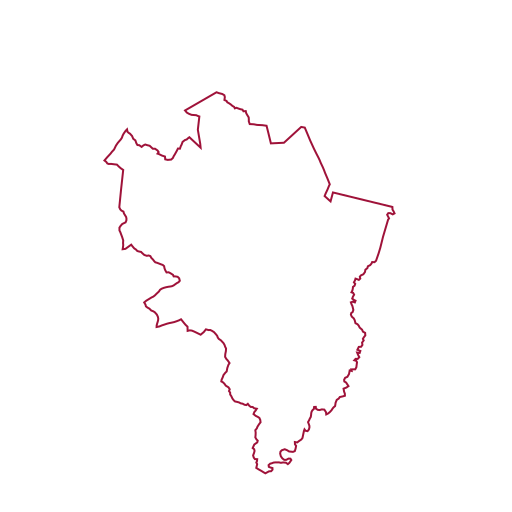 Nyeri Town, Central, Kenya, rotated 50°
{"feature_id": "3690345B58692620094819", "entity_name": "Nyeri Town", "entity_type": "district", "adm_level": 2, "iso_a3": "KEN", "parent_name": "Kenya", "parent_adm1": "Central", "projection": "orthographic", "projection_center": [36.977, -0.417], "detail": "fine", "context": "isolated", "style": "outline", "palette": "rose", "viewbox_px": 512, "rotation_deg": 50, "n_neighbors": 0, "source": "geoboundaries", "source_scale": "gbopen_adm2", "svg_char_len": 6131}
<svg xmlns="http://www.w3.org/2000/svg" viewBox="0 0 512 512"><g transform="rotate(50 256 256)"><path d="M98.9,216.8L101.7,216.8L104.1,215.9L106.5,214.6L109.7,211.3L111.4,210.5L112.7,209.7L121.9,219.4L134.2,226.6L137.4,228.8L122.2,230.7L122.1,232.5L122.2,234.2L121.5,235.9L121.4,238.9L122.9,241.5L123.5,243.0L124.9,245.3L123.5,246.7L124.5,249.0L126.0,252.9L126.6,254.8L127.5,256.7L127.6,259.0L125.6,261.9L123.6,263.4L121.3,261.8L118.6,263.5L115.6,264.8L114.3,265.6L113.8,263.8L111.9,263.6L108.9,264.4L107.5,266.1L103.2,266.6L101.3,268.0L99.4,269.2L98.9,271.2L98.9,273.5L96.1,274.2L94.8,275.5L92.8,275.2L89.9,274.1L87.3,274.7L84.4,273.8L81.3,273.9L79.8,274.4L78.2,274.6L76.1,273.4L76.3,275.4L77.2,278.7L78.0,280.7L79.2,282.7L79.8,284.7L80.5,289.1L81.4,292.3L83.2,296.3L83.6,299.5L84.1,301.7L84.7,306.5L85.4,310.7L87.6,310.2L89.5,310.4L90.8,309.7L92.3,307.8L94.7,305.6L96.6,303.8L99.2,303.6L101.9,303.2L104.7,302.4L118.5,316.8L130.8,329.4L133.0,330.0L134.7,329.9L136.8,329.0L138.5,329.8L142.6,330.4L144.1,331.2L145.4,332.4L146.4,334.3L145.5,337.9L145.9,340.4L146.5,342.4L148.7,344.2L150.8,344.7L152.4,345.3L155.3,346.3L158.7,347.7L160.6,349.5L162.3,350.7L163.9,352.4L165.1,353.8L166.6,351.4L167.1,344.3L168.9,344.4L171.9,344.4L173.9,343.8L175.9,343.7L177.4,342.7L179.0,341.4L180.6,341.3L183.4,340.9L185.7,339.5L186.6,337.9L188.2,337.0L190.1,337.4L192.5,337.2L194.5,337.3L196.1,337.2L197.7,336.1L201.2,334.2L202.9,333.2L204.7,332.9L206.6,334.0L208.7,334.7L211.1,335.1L212.3,333.4L214.2,332.6L217.1,331.7L218.7,332.2L220.0,330.7L221.6,329.4L223.7,329.2L226.0,330.3L226.3,332.2L225.9,334.0L225.7,336.4L225.6,338.0L225.1,339.8L224.2,341.4L223.3,342.8L222.1,345.0L221.1,347.2L220.4,349.4L220.2,351.2L220.8,353.2L220.9,355.0L221.0,356.8L221.2,358.7L221.1,360.8L220.6,362.7L220.2,365.5L219.7,368.8L219.7,371.5L222.2,371.9L223.8,372.7L225.7,372.3L227.8,371.5L230.4,371.3L232.2,370.3L233.9,369.7L237.1,369.6L239.4,370.2L241.1,371.1L242.4,372.4L243.4,373.9L244.3,375.3L245.3,376.7L246.5,377.8L247.9,375.2L248.7,372.6L249.4,370.9L250.7,367.6L251.7,365.5L252.7,363.7L254.0,361.2L255.0,358.6L255.8,356.3L256.3,354.1L260.7,354.2L263.4,354.2L266.1,353.9L269.4,356.5L270.4,354.5L271.9,353.1L274.0,352.0L276.4,350.9L278.9,349.8L280.7,349.0L280.7,344.9L280.0,341.5L282.2,340.0L283.3,338.6L285.1,337.8L287.3,337.1L290.7,337.0L292.4,337.1L293.9,337.7L295.6,337.8L298.0,337.1L301.9,336.9L304.0,337.3L305.8,338.0L307.6,338.4L309.5,340.2L311.4,342.6L313.4,344.5L315.8,344.9L317.9,344.8L321.0,345.1L321.6,347.0L323.3,349.9L325.6,352.7L325.7,354.5L326.3,357.4L327.5,359.4L328.7,361.9L329.8,363.2L331.5,362.5L333.6,362.3L335.9,362.5L338.9,361.5L341.2,361.8L342.1,363.5L344.0,363.6L345.5,364.8L347.5,365.0L350.1,365.7L352.3,365.8L353.9,365.6L355.7,364.2L357.3,363.1L359.1,362.4L360.5,361.2L362.6,360.4L364.0,359.2L364.0,357.3L366.5,357.4L368.3,357.0L369.5,355.6L371.4,355.3L373.5,353.6L374.2,355.8L374.4,357.4L375.5,359.5L378.2,359.0L380.5,358.0L382.2,357.5L384.3,358.1L386.3,359.4L386.8,361.7L387.7,364.6L388.6,366.2L389.0,368.5L391.1,369.8L393.0,371.5L394.5,373.1L396.6,373.5L398.6,373.4L399.6,374.9L399.3,378.5L401.0,382.0L402.8,381.6L404.4,382.4L405.6,384.1L406.9,386.4L409.0,387.3L410.9,387.4L412.4,385.7L413.7,387.0L414.4,388.5L416.2,388.9L417.1,390.1L418.5,392.0L421.0,391.2L423.9,390.1L426.9,389.1L428.5,388.5L429.3,384.5L430.6,382.7L430.3,380.7L429.0,379.7L427.3,380.9L425.8,381.7L424.3,380.8L424.2,378.6L425.0,377.0L425.5,375.4L426.5,373.9L427.8,372.4L428.8,371.1L430.4,369.9L431.6,367.9L433.6,365.9L435.9,365.4L435.9,363.4L435.0,360.1L433.4,359.9L432.1,361.3L431.6,363.9L430.3,365.4L428.0,365.9L425.4,365.7L422.9,364.5L421.6,363.0L421.4,361.1L422.5,358.2L424.8,357.0L427.0,356.3L429.8,353.6L430.4,351.7L429.0,349.5L427.2,347.3L425.3,347.2L423.5,345.8L425.3,344.3L425.4,342.0L425.7,339.3L425.3,337.4L423.1,334.6L420.8,331.7L420.0,330.3L421.7,330.4L423.3,329.1L422.9,327.0L421.7,325.3L420.5,324.3L419.0,323.7L416.7,322.9L416.0,321.0L415.1,319.2L414.5,317.5L413.1,315.9L411.8,314.6L410.9,313.3L410.4,311.7L410.4,310.1L409.0,308.5L410.0,307.2L411.5,308.2L413.5,307.6L414.9,306.3L415.8,304.2L417.6,302.4L420.7,302.8L422.5,304.0L423.0,301.9L423.0,299.6L422.7,297.3L422.1,295.4L421.8,293.9L421.8,291.9L420.8,290.7L419.6,289.4L418.1,286.6L418.4,284.3L417.9,282.5L419.3,279.8L420.2,277.7L418.5,276.4L416.5,275.7L413.9,274.2L414.9,271.2L415.1,268.8L410.8,268.3L408.9,269.0L407.5,268.1L406.6,266.0L407.3,263.7L406.2,260.6L403.9,257.8L405.5,256.6L404.1,255.9L406.6,252.8L405.7,250.6L404.1,248.9L402.3,246.9L400.7,246.6L399.1,247.7L398.8,245.8L400.2,244.3L399.9,241.9L397.5,241.4L395.0,240.6L396.9,238.9L395.8,237.1L393.0,238.6L391.7,235.7L393.1,233.8L392.5,231.6L390.5,230.4L389.9,227.8L388.2,227.4L387.6,225.7L387.1,223.3L385.0,221.8L382.7,222.7L380.6,222.1L377.5,222.6L375.4,222.1L373.5,222.1L371.4,223.0L368.7,221.7L366.7,221.2L364.0,221.6L361.9,221.0L360.9,219.7L361.1,218.1L359.9,216.1L356.3,214.3L354.6,213.9L352.5,213.1L353.2,211.2L355.1,210.1L354.2,208.5L352.7,209.2L350.5,209.7L349.4,207.8L348.7,205.7L346.7,205.3L345.2,206.2L344.4,204.4L343.3,202.9L342.0,201.6L342.1,199.6L341.1,197.9L339.1,197.9L338.4,196.0L337.3,194.3L339.0,193.3L340.4,192.6L340.3,190.6L338.6,189.8L338.3,188.1L339.0,185.5L338.3,182.8L336.8,181.0L336.9,178.5L335.8,176.9L336.4,174.4L336.0,172.3L335.3,170.9L336.9,169.2L336.8,167.1L332.8,160.4L329.6,155.5L322.9,146.3L313.1,131.5L312.7,129.9L308.7,129.0L308.2,127.1L309.6,125.5L312.0,124.5L312.4,122.5L310.2,121.9L308.2,121.6L306.1,120.0L256.8,156.2L262.1,163.8L254.2,164.9L252.9,162.5L251.0,158.4L249.2,155.0L248.5,153.4L242.4,151.4L236.8,149.7L234.0,148.7L231.1,147.8L226.1,146.5L223.7,145.7L221.1,145.0L216.2,143.9L210.9,142.6L202.5,140.3L194.2,137.7L189.0,136.1L186.2,138.4L187.2,161.8L179.3,172.2L169.4,167.3L163.0,164.2L159.8,167.1L156.2,171.0L153.7,173.0L150.9,176.0L148.3,175.0L146.5,173.5L145.1,172.5L142.4,172.1L140.3,171.7L138.4,170.7L137.1,172.6L135.2,172.3L133.5,173.6L131.7,174.7L129.9,175.7L129.3,177.3L127.7,176.9L125.8,177.6L123.7,177.9L121.6,178.5L119.8,179.2L118.3,178.9L116.2,179.9L114.2,177.7L112.5,176.9L110.2,177.7L107.3,179.8L105.2,181.0L98.9,216.8Z" fill="none" stroke="#9f1239" stroke-width="2"/></g></svg>